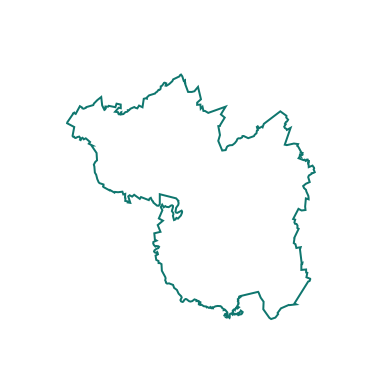 Comalcalco, Tabasco, Mexico (Natural Earth projection), rotated 200°
{"feature_id": "50627088B45787963342139", "entity_name": "Comalcalco", "entity_type": "district", "adm_level": 2, "iso_a3": "MEX", "parent_name": "Mexico", "parent_adm1": "Tabasco", "projection": "natural_earth1", "projection_center": [-93.333, 18.29], "detail": "fine", "context": "isolated", "style": "outline", "palette": "teal", "viewbox_px": 384, "rotation_deg": 200, "n_neighbors": 0, "source": "geoboundaries", "source_scale": "gbopen_adm2", "svg_char_len": 5972}
<svg xmlns="http://www.w3.org/2000/svg" viewBox="0 0 384 384"><g transform="rotate(200 192 192)"><path d="M61.8,119.0L55.6,122.1L57.6,122.4L52.2,147.6L51.1,148.5L51.0,150.2L51.3,150.9L55.3,151.0L56.0,155.5L57.2,155.4L58.3,158.2L62.6,156.2L64.5,161.4L63.8,161.8L64.0,163.3L64.7,162.8L70.9,175.0L71.0,177.3L74.8,175.1L76.9,178.3L78.9,178.8L79.9,183.7L80.2,183.8L79.2,193.9L80.7,194.2L81.4,196.6L82.9,197.7L84.3,197.4L85.4,198.5L85.6,201.3L87.7,201.2L86.2,212.6L82.7,212.1L79.2,213.9L80.7,217.0L82.8,224.9L79.9,225.0L80.4,226.3L81.4,228.2L84.8,231.7L85.6,233.0L88.0,234.0L89.6,235.6L87.8,238.7L84.8,241.6L87.9,245.7L87.8,247.5L85.8,250.0L86.0,250.6L84.4,251.5L83.4,252.6L85.4,254.8L85.3,256.0L85.6,256.5L87.8,258.0L90.8,255.3L92.5,259.1L92.8,258.8L93.0,259.3L92.4,260.0L92.7,261.0L93.1,260.8L94.3,261.9L94.8,260.9L95.4,261.3L96.0,260.1L97.2,260.9L98.1,260.1L103.4,260.2L102.9,262.4L102.3,262.4L102.9,262.8L102.8,263.8L103.3,263.8L103.3,264.2L102.4,264.1L102.2,265.0L100.5,263.9L101.2,264.7L101.0,265.4L101.9,266.0L101.7,266.5L103.2,266.5L103.1,266.8L106.5,269.9L108.5,271.5L108.9,271.5L108.7,273.3L112.8,272.4L118.9,268.5L121.0,268.2L121.3,286.0L124.1,282.8L124.9,283.6L126.6,283.9L127.7,284.9L127.1,287.7L128.0,287.9L127.9,288.7L127.6,290.0L126.9,290.7L126.4,292.8L128.9,294.2L129.3,295.9L136.6,298.0L147.8,280.6L147.8,277.1L148.5,277.5L150.8,274.9L152.7,276.2L153.3,275.3L151.3,272.7L152.0,271.8L151.5,269.2L152.6,267.4L152.9,265.7L157.6,261.8L162.6,262.3L163.7,261.8L163.6,260.5L165.0,258.9L166.8,258.3L167.5,257.2L167.6,255.2L168.5,252.5L170.1,249.9L172.7,248.7L174.2,247.2L174.6,246.3L174.7,242.9L177.8,241.3L184.8,249.0L185.2,255.1L189.8,262.9L188.3,263.7L188.4,264.7L186.7,273.1L191.4,274.8L189.6,283.7L203.8,271.9L207.5,272.6L209.0,272.1L211.3,275.7L212.3,273.3L214.0,277.0L217.0,275.7L217.7,277.8L215.3,282.2L222.3,292.8L224.2,287.5L226.5,285.9L229.9,284.7L234.9,290.6L235.5,291.9L235.8,291.8L236.8,294.6L237.7,293.5L240.7,297.4L242.5,298.6L243.1,297.9L243.4,296.3L248.2,291.4L248.4,289.4L250.3,285.7L252.3,283.1L253.2,282.9L253.4,285.3L255.0,285.4L255.6,285.0L256.4,281.8L257.5,280.5L257.0,279.3L256.9,277.7L257.7,276.6L258.4,276.5L259.1,274.3L260.2,272.8L260.4,271.9L265.4,268.1L266.7,265.4L266.3,264.3L267.6,264.2L269.2,263.1L267.5,254.7L271.3,255.1L272.0,251.9L274.0,251.8L275.3,252.1L278.3,249.2L279.1,247.4L280.1,247.0L279.7,246.5L280.3,245.3L281.9,244.3L283.1,241.8L285.2,240.6L285.7,242.8L286.1,242.4L286.4,240.5L287.1,240.0L287.9,240.3L288.9,241.7L291.7,241.1L289.7,246.1L287.6,246.4L288.9,249.8L293.1,249.2L293.0,245.5L299.7,244.5L300.0,243.5L302.6,242.7L302.2,241.2L301.7,241.1L301.9,239.8L302.4,239.2L306.0,242.6L309.8,250.2L312.4,246.0L314.4,241.6L314.5,239.9L320.4,235.6L320.5,234.8L322.3,233.2L323.6,233.1L324.3,233.8L326.7,234.3L328.0,225.6L329.2,225.8L329.8,226.3L330.7,225.1L330.5,224.7L333.0,214.9L332.9,213.9L324.9,212.8L323.4,203.8L322.4,203.2L321.6,203.6L320.8,202.9L319.7,203.0L318.4,204.5L316.9,205.5L315.5,204.5L315.0,203.6L315.1,202.8L314.4,202.7L314.1,204.7L313.4,205.5L311.7,204.5L310.2,206.1L304.9,204.1L305.5,202.1L301.3,201.6L302.2,201.2L295.0,196.0L292.1,189.3L293.2,187.1L293.6,184.1L292.5,182.6L289.9,177.0L288.0,175.5L285.4,171.7L283.0,169.2L281.9,168.7L277.7,168.8L277.4,168.2L277.5,166.8L277.0,166.4L269.8,165.3L269.7,165.8L264.6,164.9L264.5,165.7L261.4,166.5L257.5,168.5L255.7,166.2L254.1,167.4L253.0,163.6L252.4,163.4L251.7,160.8L248.9,161.2L248.8,160.2L246.3,160.7L250.4,166.1L249.5,167.6L246.7,167.2L245.4,169.6L238.7,167.7L238.2,169.8L229.8,169.6L229.6,171.3L228.7,172.4L226.6,170.3L225.3,169.8L224.8,168.9L220.1,167.2L218.7,167.7L218.1,169.5L221.5,178.9L204.8,180.6L201.7,179.0L201.8,178.4L200.8,177.1L200.5,175.2L201.5,171.8L200.8,167.9L199.9,167.2L198.6,167.4L195.4,170.9L194.7,170.4L194.3,169.2L194.4,166.1L196.1,162.2L197.8,162.3L198.2,160.5L199.3,159.5L201.8,163.1L201.8,164.5L202.4,165.8L204.4,167.2L204.7,171.3L205.1,172.4L206.1,172.7L206.9,172.3L208.7,169.8L211.0,169.3L212.3,169.6L213.3,168.0L215.7,169.9L216.2,167.2L213.6,164.7L214.1,155.8L209.5,155.1L212.9,149.2L208.0,143.8L213.3,140.3L210.6,134.6L208.7,134.2L211.2,131.9L210.9,130.5L209.9,129.3L207.8,128.2L207.3,129.0L205.0,129.5L204.2,129.2L204.5,127.7L206.0,126.4L207.3,124.3L207.3,123.1L206.3,122.5L204.8,122.5L204.2,123.7L203.6,123.2L202.7,121.8L204.5,119.8L202.4,116.0L199.9,115.7L199.1,113.8L197.9,114.2L196.0,113.8L193.4,107.7L188.0,102.9L187.3,101.9L187.0,99.9L185.7,98.6L185.5,97.9L184.1,97.4L182.3,98.3L178.0,98.2L176.0,95.8L172.7,94.8L169.8,91.9L166.4,90.3L165.6,89.3L165.9,86.5L164.9,85.5L163.4,85.4L162.7,86.0L162.3,88.0L161.5,89.2L160.5,89.4L157.4,88.4L156.0,88.5L154.4,89.6L153.0,91.9L150.8,92.0L150.5,91.0L148.5,91.9L147.6,91.3L146.4,91.3L146.3,90.9L147.9,90.7L147.5,89.8L147.0,90.2L147.0,89.5L146.4,89.5L146.5,89.1L147.8,88.8L147.4,88.7L145.7,89.1L145.5,88.7L144.4,89.3L141.9,88.7L139.7,89.2L139.0,88.8L138.9,89.2L136.3,88.9L135.5,90.1L134.6,89.4L133.6,89.5L133.6,90.1L132.7,90.1L133.1,90.8L132.3,91.0L131.0,92.5L128.9,93.7L126.1,94.5L124.3,93.8L123.7,93.1L121.5,92.8L121.6,91.9L120.3,92.5L117.7,91.0L117.2,90.2L117.4,88.3L118.3,89.3L119.1,88.8L119.5,86.1L118.7,88.2L117.2,87.7L116.5,88.0L117.2,85.9L116.3,85.9L116.0,87.3L113.7,86.5L113.7,87.2L114.7,89.9L114.3,90.8L112.8,91.1L112.1,90.7L112.0,91.4L111.2,91.6L110.5,91.2L109.7,91.7L109.9,91.9L107.3,92.7L106.4,92.1L105.4,93.0L105.4,93.6L104.2,93.7L103.4,94.9L103.3,96.5L105.4,97.2L105.3,96.3L105.8,96.2L106.5,94.1L107.2,94.2L108.4,92.6L110.8,92.0L112.8,92.6L112.5,93.8L113.1,94.3L112.8,95.4L112.3,96.0L111.5,95.8L111.8,96.5L111.2,96.8L111.1,98.2L110.5,98.6L110.2,98.1L109.5,98.0L108.5,99.7L109.9,99.9L110.6,99.5L110.0,102.9L110.5,103.2L110.5,104.1L111.4,104.7L111.2,105.6L111.8,106.0L111.8,106.9L112.1,106.6L112.3,107.0L111.0,109.2L111.8,108.9L111.9,109.7L111.2,110.0L111.2,110.6L96.3,120.4L95.7,120.8L95.1,120.4L91.3,116.2L87.2,113.4L84.9,106.2L76.2,100.2L74.2,99.7L70.7,102.5L69.3,106.7L70.2,107.6L68.6,113.1L62.4,119.0L61.8,119.0Z" fill="none" stroke="#0f766e" stroke-width="2"/></g></svg>